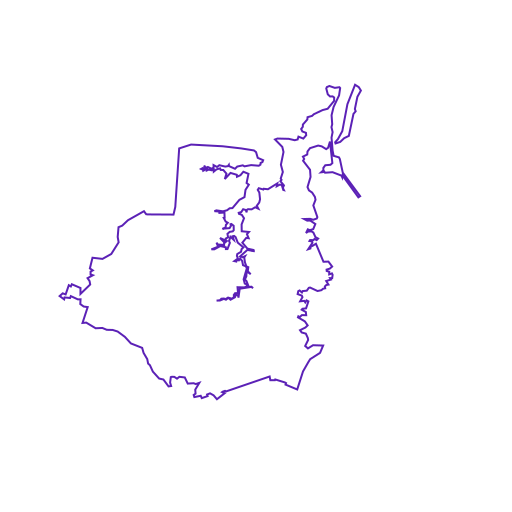 the district of Whau Local Board Area, New Zealand, rotated 54°
{"feature_id": "76426892B68447981538079", "entity_name": "Whau Local Board Area", "entity_type": "district", "adm_level": 2, "iso_a3": "NZL", "parent_name": "New Zealand", "parent_adm1": "", "projection": "mercator", "projection_center": [174.682, -36.899], "detail": "fine", "context": "isolated", "style": "outline", "palette": "violet", "viewbox_px": 512, "rotation_deg": 54, "n_neighbors": 0, "source": "geoboundaries", "source_scale": "gbopen_adm2", "svg_char_len": 6138}
<svg xmlns="http://www.w3.org/2000/svg" viewBox="0 0 512 512"><g transform="rotate(54 256 256)"><path d="M123.8,254.9L168.9,292.5L174.0,298.4L158.6,319.3L157.6,320.3L153.9,320.3L151.8,338.5L152.8,346.4L151.9,350.3L159.3,356.7L164.2,359.1L169.3,371.9L168.1,381.9L161.3,389.3L168.4,397.7L171.7,396.5L171.4,399.0L173.7,400.7L175.7,399.3L174.9,405.3L178.5,405.4L181.6,406.9L183.5,420.3L178.7,416.8L170.6,421.6L171.8,423.7L169.6,424.6L175.2,432.6L172.6,434.3L173.0,438.4L178.3,436.7L177.0,435.2L180.7,431.1L179.6,429.4L186.4,425.6L187.9,423.4L191.6,426.4L195.6,425.1L198.4,422.2L208.2,435.7L210.1,432.5L220.2,428.2L223.9,422.6L228.0,420.1L231.6,415.4L235.8,412.3L244.4,409.6L253.2,408.6L263.4,402.1L268.3,403.9L275.5,404.6L279.6,406.5L282.0,406.0L288.9,407.4L298.2,406.4L301.5,403.5L310.1,403.4L311.3,401.1L307.9,399.9L303.9,396.1L304.3,395.0L305.8,393.1L308.8,392.0L308.7,389.0L312.4,385.0L319.1,386.2L322.3,381.2L324.2,380.0L325.3,376.4L328.4,383.7L331.8,385.8L331.8,388.1L333.9,388.8L336.6,382.9L339.1,383.4L340.9,377.5L339.3,377.0L340.1,373.9L343.8,372.2L348.9,371.8L348.6,362.0L346.2,363.4L346.2,362.6L346.9,360.3L348.0,359.7L361.5,315.8L364.9,317.4L367.6,313.7L367.2,313.0L375.2,307.0L376.5,306.4L377.4,307.7L388.2,301.1L377.0,285.8L372.6,276.0L371.3,272.8L372.0,261.1L367.9,254.3L361.7,262.3L361.3,268.3L357.7,269.1L354.6,263.2L352.9,262.3L348.1,261.3L344.7,264.0L341.9,264.0L342.9,258.1L342.5,255.0L337.6,254.9L330.3,258.1L329.7,257.2L331.1,256.6L330.8,253.6L333.4,250.2L330.6,248.6L326.3,250.6L326.0,249.4L327.8,246.3L323.5,240.3L321.6,241.2L322.5,243.4L320.7,243.3L318.6,246.9L316.6,242.6L315.0,242.2L311.3,244.7L309.3,242.5L309.5,241.0L312.5,240.3L311.8,238.9L313.9,235.3L312.8,232.0L313.3,230.8L320.5,226.8L322.1,223.2L321.9,221.0L322.8,219.0L321.1,218.2L320.8,216.2L321.7,214.2L317.5,213.9L319.1,209.3L317.4,209.1L318.7,207.4L316.3,205.1L314.7,204.8L313.9,207.6L311.8,206.0L309.7,207.6L308.5,206.9L309.6,203.7L309.3,200.6L303.1,200.7L300.3,204.8L281.3,200.3L281.0,204.5L279.8,205.2L281.9,207.6L281.2,209.8L278.5,202.6L277.3,202.1L275.3,203.9L274.9,202.9L276.9,200.2L276.6,198.7L278.8,197.6L278.4,195.5L275.7,196.8L270.7,195.8L268.6,196.7L266.8,199.6L266.8,202.0L264.9,198.4L266.7,197.3L267.9,193.9L265.0,189.2L259.2,191.3L257.5,193.8L254.4,195.3L257.8,190.3L260.3,188.4L261.4,184.8L260.6,183.5L248.8,179.9L245.5,174.8L242.8,173.6L237.7,173.3L234.0,174.6L230.5,173.8L224.1,165.4L218.0,161.6L206.6,161.9L205.8,160.0L203.2,159.6L204.0,154.9L201.7,152.9L200.5,148.9L203.2,140.8L205.9,138.4L210.8,136.4L210.8,134.0L206.9,128.9L225.7,139.6L226.0,142.1L223.3,146.6L224.3,149.7L226.3,151.2L226.6,154.1L227.6,152.3L226.9,151.1L229.2,151.2L233.2,144.8L241.2,139.6L243.1,140.0L241.8,138.7L268.7,138.7L268.8,136.6L239.5,136.8L226.9,131.2L225.0,130.9L220.6,134.3L215.8,132.1L204.6,125.3L200.8,121.2L196.1,119.2L194.2,116.9L186.5,112.1L181.0,105.6L174.9,94.4L169.6,89.2L168.5,89.3L166.3,93.4L161.6,96.7L161.0,99.4L161.8,100.7L167.4,102.9L170.5,102.3L171.9,100.2L173.7,99.6L176.4,101.6L179.0,111.5L177.1,116.3L175.3,125.8L175.6,128.3L174.0,132.7L175.7,134.2L177.2,140.8L179.0,142.2L179.8,144.8L182.5,145.3L185.7,143.2L187.8,144.4L188.8,148.7L184.4,151.5L186.2,153.8L185.1,156.6L180.4,160.7L173.6,169.6L172.9,172.1L183.2,170.6L188.0,172.6L196.8,182.2L203.8,184.9L207.9,190.5L209.4,190.6L209.8,192.3L215.3,191.9L216.7,194.3L219.1,194.7L218.6,195.1L213.6,193.4L212.2,194.9L211.8,198.2L209.8,196.0L209.0,207.1L206.1,210.3L206.5,211.0L202.8,213.9L203.5,215.7L206.6,216.0L212.5,219.4L214.6,221.9L215.8,225.8L219.1,226.3L216.1,228.0L215.7,232.1L213.4,235.0L213.3,236.4L215.2,237.9L212.7,237.3L210.6,238.9L211.8,242.1L210.9,244.6L211.9,245.0L214.4,243.3L218.4,243.5L222.0,249.1L227.6,253.0L232.4,247.6L233.0,250.5L237.3,251.5L235.6,253.2L237.2,259.2L245.0,258.6L249.4,254.7L249.9,255.8L251.5,254.2L246.0,259.4L247.0,269.0L249.2,267.5L249.7,265.0L250.3,266.4L254.7,268.7L258.8,269.9L260.5,268.8L263.5,271.6L267.6,271.0L264.7,271.9L263.9,273.5L266.8,275.8L268.5,278.9L270.6,278.4L276.8,280.0L278.2,277.7L280.3,277.3L278.3,277.9L272.9,288.4L279.4,294.7L278.1,293.9L275.2,294.5L277.0,297.3L276.4,302.3L273.6,302.9L273.7,306.0L271.8,307.2L270.8,311.4L268.9,314.1L270.6,311.2L270.2,309.1L271.5,307.0L273.0,305.9L273.2,303.1L276.5,300.4L276.1,297.7L274.5,296.9L273.8,294.8L275.4,292.3L270.4,289.3L274.6,283.8L275.1,281.1L273.9,279.9L271.7,281.3L267.6,279.7L260.5,270.6L258.3,270.3L255.8,271.9L251.9,270.1L248.7,270.3L249.5,272.4L247.9,274.0L248.9,275.2L247.4,276.5L247.4,272.1L244.7,271.4L243.4,270.0L243.8,265.6L242.0,263.7L241.6,261.1L234.5,262.9L228.7,261.4L226.9,261.9L226.3,263.3L229.9,264.5L225.4,265.4L228.1,269.0L230.0,269.4L233.6,275.0L232.7,276.3L231.2,275.3L227.0,279.0L226.1,285.8L224.4,288.2L226.2,281.2L222.0,280.1L224.3,280.1L228.3,275.3L227.0,274.4L226.7,271.0L225.4,272.3L225.3,273.8L220.3,274.5L224.5,272.1L224.8,270.7L224.1,270.2L224.5,267.6L221.3,266.1L221.0,263.1L222.4,260.3L222.0,258.8L218.4,256.3L215.6,257.1L215.3,257.9L216.9,258.6L217.9,261.0L214.7,266.3L215.0,267.3L214.4,266.4L215.1,263.9L213.1,262.0L212.5,259.3L210.3,260.3L206.2,259.7L206.6,258.9L202.3,256.0L199.6,260.3L198.4,259.6L195.3,263.3L195.8,261.2L200.4,256.5L202.0,252.5L201.9,249.3L203.4,246.9L200.8,236.4L201.6,230.7L196.3,225.6L194.1,219.9L191.4,220.7L185.1,213.8L180.4,216.7L181.5,221.1L180.7,224.8L179.0,223.8L173.8,227.8L175.4,236.0L172.0,231.5L167.2,231.9L165.6,234.0L164.0,233.6L162.7,237.1L162.9,240.5L161.4,239.4L160.8,241.3L158.3,243.5L157.9,245.5L156.6,244.3L156.0,248.6L154.0,247.7L154.1,248.6L153.8,249.0L153.5,249.2L153.3,249.3L153.6,247.2L155.0,247.6L155.6,245.5L152.3,244.7L155.0,244.9L155.7,242.6L159.2,240.7L159.6,238.4L157.5,236.9L161.1,235.2L161.0,232.3L165.6,228.3L166.8,225.9L166.3,224.4L167.4,225.0L173.1,221.7L172.6,218.6L174.9,213.4L176.7,212.6L179.6,206.5L184.6,200.7L184.7,198.7L183.4,197.6L183.8,195.6L182.7,193.9L177.6,196.9L172.0,194.9L169.4,195.6L160.3,204.7L147.7,218.4L127.7,243.0L123.8,254.9ZM179.8,73.6L175.7,75.2L186.9,92.8L205.7,112.8L209.6,121.0L210.5,125.1L211.7,125.5L213.2,120.8L212.5,115.4L213.4,110.3L198.3,93.6L197.5,90.3L195.2,89.6L186.8,80.4L183.8,73.9L179.8,73.6Z" fill="none" stroke="#5b21b6" stroke-width="2"/></g></svg>